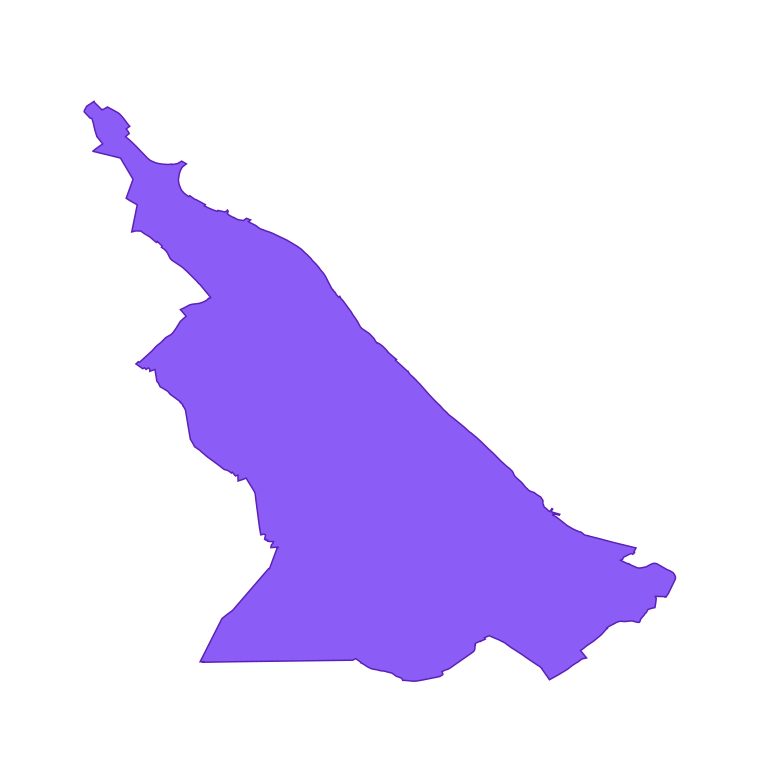 Heerlen, Limburg, Netherlands, rotated 174°
{"feature_id": "6326949B1825961321722", "entity_name": "Heerlen", "entity_type": "district", "adm_level": 2, "iso_a3": "NLD", "parent_name": "Netherlands", "parent_adm1": "Limburg", "projection": "natural_earth1", "projection_center": [5.963, 50.878], "detail": "fine", "context": "isolated", "style": "filled", "palette": "violet", "viewbox_px": 768, "rotation_deg": 174, "n_neighbors": 0, "source": "geoboundaries", "source_scale": "gbopen_adm2", "svg_char_len": 6070}
<svg xmlns="http://www.w3.org/2000/svg" viewBox="0 0 768 768"><g transform="rotate(174 384 384)"><path d="M593.1,126.2L563.6,123.6L444.0,112.6L440.8,113.8L436.2,109.8L436.4,109.3L434.5,108.1L429.9,104.4L426.9,102.5L425.5,101.8L420.5,100.4L417.5,99.2L414.0,98.5L409.6,96.8L406.6,95.8L404.3,93.9L403.2,92.7L402.5,92.2L397.5,89.7L396.8,88.7L396.4,87.3L394.5,87.1L385.5,85.3L382.7,85.2L377.5,85.5L359.2,87.2L359.2,87.4L357.9,87.8L356.0,88.7L355.7,89.5L356.5,91.8L352.8,93.2L350.6,93.5L348.5,94.3L323.9,107.9L322.8,108.6L321.7,110.1L321.3,111.2L321.0,112.8L320.9,114.5L320.4,114.6L320.5,116.0L319.6,116.7L315.2,118.2L315.1,117.9L309.9,119.7L310.7,121.1L305.5,122.7L303.9,121.6L296.4,117.5L292.8,115.1L292.6,115.3L290.2,113.3L288.9,112.0L284.4,108.0L281.8,106.0L274.4,100.0L271.1,97.0L260.2,87.9L259.0,87.1L257.2,85.1L257.3,85.1L252.1,75.8L251.1,74.0L251.1,73.9L250.4,72.6L241.5,76.3L231.3,81.1L226.6,84.1L221.6,86.7L220.6,87.0L216.1,89.8L211.2,90.4L216.4,98.4L214.0,99.7L209.5,102.6L202.2,106.5L193.8,112.1L188.9,116.6L187.3,117.7L187.8,118.2L185.8,119.3L177.1,122.8L174.6,123.3L173.4,123.3L170.4,122.7L167.6,122.5L165.5,122.6L162.7,122.5L161.7,122.3L157.2,120.6L155.9,120.3L154.9,120.3L154.3,121.0L153.6,122.8L153.2,123.4L151.4,125.2L149.5,126.9L148.9,127.9L147.2,129.1L145.0,132.2L140.2,133.1L137.9,133.3L136.8,137.3L135.7,142.0L135.9,143.2L136.0,143.2L136.0,143.8L136.3,144.4L126.2,143.1L126.5,142.7L125.9,142.6L123.1,145.9L114.7,159.4L114.4,160.4L114.3,161.5L114.8,163.7L115.1,163.8L115.7,165.5L116.5,166.4L118.7,168.0L118.8,168.2L121.6,169.6L131.5,176.8L133.7,177.4L135.3,177.4L137.1,176.9L140.9,175.4L141.2,175.2L142.5,174.7L148.6,174.2L150.1,174.4L151.8,175.0L159.5,179.4L159.1,179.5L159.7,179.9L160.2,179.7L166.0,183.2L167.1,184.0L165.1,184.7L164.9,184.9L164.6,185.6L163.8,186.7L157.1,189.3L155.7,189.4L154.6,189.0L154.5,188.7L153.3,189.2L152.4,190.4L153.1,190.8L150.5,194.6L173.6,202.9L185.3,207.4L194.9,210.9L197.4,212.0L198.8,212.3L200.3,212.9L203.7,216.3L204.4,216.2L210.3,219.5L212.5,221.0L216.7,224.1L225.7,233.0L227.7,234.6L230.0,236.1L229.9,237.0L226.7,236.4L223.3,235.2L222.8,236.1L230.8,239.3L230.4,240.7L229.3,242.0L230.0,242.6L231.3,241.1L232.7,239.9L233.9,240.9L234.6,241.9L236.3,243.8L237.3,244.6L237.8,245.8L238.1,247.5L238.5,248.2L238.1,251.6L240.0,255.3L243.8,258.2L246.0,260.4L248.4,261.4L250.9,262.9L254.2,266.8L256.2,270.0L257.4,271.7L262.9,277.8L263.6,278.8L264.1,280.0L264.6,281.1L264.6,281.7L265.4,283.7L266.9,285.5L268.6,287.5L270.6,289.3L275.7,295.1L282.1,303.1L287.2,308.9L293.2,316.2L297.2,320.7L302.7,326.4L304.1,327.5L308.5,332.5L318.9,343.0L322.8,346.6L324.2,348.6L327.6,352.5L330.5,356.6L332.2,358.5L335.4,362.4L340.0,368.4L345.8,376.6L348.7,380.7L350.3,382.5L351.8,384.7L355.6,389.2L355.8,389.2L357.7,391.7L358.9,394.3L359.3,394.2L370.1,406.5L369.0,407.1L371.3,409.4L377.1,415.6L376.9,415.8L378.8,418.6L381.9,422.3L384.4,424.5L386.1,425.6L386.5,425.3L386.9,425.9L388.1,427.7L389.1,430.2L392.9,435.2L394.1,436.4L400.0,441.3L401.5,443.2L403.6,448.4L405.8,452.8L407.5,455.6L409.1,459.2L413.1,466.0L415.7,470.5L417.1,472.5L417.7,473.0L418.8,475.8L420.0,475.0L422.3,478.3L422.6,479.4L423.2,480.5L423.9,481.1L425.0,483.2L425.4,483.1L427.5,488.1L430.7,496.6L432.0,499.3L433.3,501.5L435.2,504.1L436.1,505.9L438.2,509.1L439.7,511.2L442.2,514.2L443.5,516.4L446.8,520.5L448.7,522.5L451.9,526.5L456.0,530.1L465.5,537.2L479.2,545.6L482.7,547.4L485.5,548.6L488.0,550.0L490.6,551.1L492.7,552.8L493.6,553.8L494.6,554.7L501.9,559.6L499.5,561.1L503.5,563.2L506.6,561.3L511.1,562.4L513.6,563.6L515.8,565.3L516.1,565.1L520.4,568.1L521.8,569.6L521.7,570.0L522.0,570.3L520.9,571.7L521.4,573.3L523.9,571.7L531.1,574.0L531.7,573.1L535.8,575.0L540.6,577.7L544.1,579.9L542.9,581.0L551.3,586.8L553.2,587.7L557.5,591.6L558.6,590.8L562.0,593.8L563.3,595.3L564.7,597.3L565.5,598.8L566.9,603.7L567.2,608.3L565.8,613.7L564.9,616.0L564.1,617.7L562.7,619.8L561.4,621.2L557.5,623.6L561.9,626.8L566.0,624.9L569.8,624.5L572.2,624.5L572.2,624.9L575.9,624.9L580.6,625.7L583.7,626.4L587.9,627.8L592.3,630.3L593.7,631.4L595.8,633.6L604.9,645.3L609.3,650.7L611.7,653.4L615.2,657.0L611.2,659.7L611.6,660.9L612.1,662.0L613.7,664.6L609.9,666.9L611.2,668.6L615.0,675.0L617.8,679.1L619.4,680.9L620.6,681.9L630.0,688.4L635.1,686.2L635.2,686.5L635.9,686.2L642.5,694.3L642.8,695.4L650.7,691.3L653.4,687.3L653.7,686.4L653.6,685.8L648.6,679.3L648.0,678.9L646.8,678.6L646.0,674.9L645.0,666.8L643.7,660.1L638.7,652.2L646.1,648.0L649.1,646.0L649.1,645.8L623.4,636.6L622.3,635.9L622.0,635.5L622.1,635.4L612.2,613.8L621.0,595.7L618.2,593.4L610.7,588.0L619.0,561.6L614.8,562.2L609.9,561.5L606.4,558.4L601.6,554.8L596.2,549.1L595.8,549.3L595.2,548.6L594.5,549.4L590.3,544.4L591.1,543.2L588.4,541.0L586.5,538.5L585.5,536.5L583.6,531.3L582.1,529.3L573.5,522.2L572.0,520.8L568.9,517.4L559.6,506.0L557.7,503.2L557.1,502.9L547.3,488.1L548.9,487.3L549.4,487.7L549.7,487.6L550.5,486.6L551.5,486.0L553.6,485.0L556.0,484.2L559.5,483.5L562.4,483.4L566.4,483.4L569.3,482.9L574.4,480.8L578.7,479.3L573.7,472.0L576.3,470.3L580.2,467.4L585.0,461.1L587.6,458.1L590.4,455.5L595.3,453.4L596.4,452.8L601.7,448.5L605.8,445.9L607.4,444.7L611.0,441.4L624.7,431.3L625.1,431.2L625.9,431.9L628.6,429.9L622.3,424.4L620.4,425.2L619.1,423.3L616.6,424.7L615.3,422.9L615.6,421.1L610.3,422.4L609.6,410.3L608.2,408.3L607.1,405.0L606.3,404.2L600.1,399.6L599.3,398.6L597.9,396.3L588.6,387.8L588.1,387.2L588.5,387.0L586.2,384.3L586.5,383.5L585.7,382.4L584.2,378.9L582.4,349.5L580.0,344.2L579.0,341.5L574.1,337.3L572.5,335.4L567.2,329.9L557.4,321.0L551.9,315.7L549.1,314.7L546.7,313.0L545.1,311.4L544.0,312.1L541.4,308.1L538.8,308.6L539.3,302.8L534.5,303.8L531.0,304.8L524.5,291.3L523.6,288.8L523.5,280.8L522.8,253.5L522.3,246.9L520.4,247.0L519.2,247.4L517.6,246.2L519.0,242.2L517.8,241.8L518.0,241.2L516.0,240.8L516.3,239.9L514.5,239.3L510.4,238.8L511.3,237.0L512.2,236.4L512.9,235.6L513.6,233.1L506.4,232.8L506.8,232.0L507.4,232.1L507.7,231.5L517.2,212.3L517.9,212.5L519.6,211.0L558.2,174.7L564.5,171.0L569.4,167.8L570.1,167.0L595.9,127.0L592.6,126.7L593.1,126.2Z" fill="#8b5cf6" stroke="#5b21b6" stroke-width="1.5"/></g></svg>